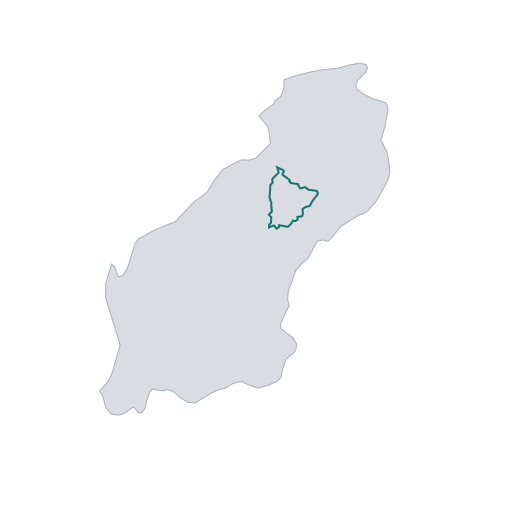 Mat, Dibër, Albania shown in context, rotated 44°
{"feature_id": "67620474B55788488782298", "entity_name": "Mat", "entity_type": "district", "adm_level": 2, "iso_a3": "ALB", "parent_name": "Albania", "parent_adm1": "Dibër", "projection": "robinson", "projection_center": [19.995, 41.564], "detail": "fine", "context": "in_parent", "style": "outline", "palette": "teal", "viewbox_px": 512, "rotation_deg": 44, "n_neighbors": 0, "source": "geoboundaries", "source_scale": "gbopen_adm2", "svg_char_len": 2330}
<svg xmlns="http://www.w3.org/2000/svg" viewBox="0 0 512 512"><g transform="rotate(44 256 256)"><path d="M160.7,153.1L161.1,145.9L162.9,134.7L161.9,130.9L163.0,124.4L159.5,115.8L153.7,109.7L159.3,98.7L167.6,85.4L175.2,74.9L184.5,64.0L190.6,53.5L197.3,44.4L202.9,41.7L205.8,43.6L207.3,47.5L206.9,59.2L208.8,63.3L212.8,66.2L221.1,64.8L230.3,61.9L242.7,55.7L244.8,56.1L249.4,59.3L258.9,73.4L265.3,85.8L277.8,90.2L284.8,95.0L293.8,102.4L298.2,109.8L304.4,132.5L305.1,146.1L303.3,152.4L301.8,154.0L296.3,176.3L297.6,187.7L297.6,195.2L292.9,198.1L289.7,202.8L294.9,221.4L294.3,229.3L294.5,238.4L303.8,259.1L309.3,265.5L314.2,268.5L320.5,287.6L324.2,290.9L339.3,289.1L346.7,291.2L349.7,295.7L350.4,298.8L349.4,309.5L353.2,317.7L358.3,326.2L358.3,331.4L355.0,339.8L349.0,349.7L340.9,353.5L332.1,356.7L327.8,364.3L325.7,372.5L321.8,378.5L319.3,385.1L315.6,398.7L314.7,403.6L308.7,408.6L299.4,410.6L291.1,411.0L285.4,413.3L282.5,417.9L277.2,421.7L274.0,423.3L274.0,427.5L277.9,436.2L282.3,443.2L282.4,448.8L280.3,450.4L273.5,449.7L272.0,451.8L271.3,458.1L269.4,463.5L266.6,466.8L261.8,470.3L252.8,469.2L244.4,463.8L240.0,462.1L237.5,462.3L236.8,449.1L233.2,438.8L219.9,414.2L176.7,390.4L166.6,379.6L162.2,370.7L157.7,362.2L162.0,361.9L166.2,364.1L171.6,366.6L173.8,362.4L171.5,353.1L160.4,331.4L159.6,325.4L165.1,307.3L174.2,286.9L173.7,262.2L176.5,243.5L173.5,231.4L172.0,216.6L178.7,196.9L184.3,192.0L187.8,185.8L188.1,164.7L175.4,154.9L160.7,153.1Z" fill="#d9dde1" stroke="#a8b0b8" stroke-width="1"/><path d="M209.7,177.5L212.6,179.0L214.4,180.4L214.3,184.1L214.2,186.6L214.2,187.2L214.4,189.5L217.0,191.9L217.0,194.8L225.3,204.7L226.2,205.1L226.5,205.2L226.8,205.3L227.0,205.5L228.1,206.3L228.9,206.4L229.5,206.5L230.2,207.2L231.4,208.6L236.5,213.0L236.5,217.3L240.1,217.6L243.6,221.6L243.9,224.7L245.6,226.4L246.8,223.1L247.7,221.6L251.9,222.0L252.3,219.0L251.2,217.8L258.7,212.8L258.9,208.0L258.4,206.5L258.0,204.8L260.1,203.5L260.7,200.8L258.6,199.1L259.8,197.7L261.5,195.6L260.7,193.4L256.9,189.9L257.3,187.0L259.9,182.5L258.4,177.4L257.6,169.3L256.7,167.7L254.4,167.0L247.7,171.9L243.5,172.4L240.9,176.7L237.7,175.9L236.5,175.0L231.5,178.5L230.6,179.3L228.3,179.2L227.8,178.0L221.8,178.6L220.3,179.0L218.6,179.0L217.7,178.1L217.8,176.5L216.8,175.4L215.0,175.6L209.7,177.5Z" fill="none" stroke="#0f766e" stroke-width="2"/></g></svg>